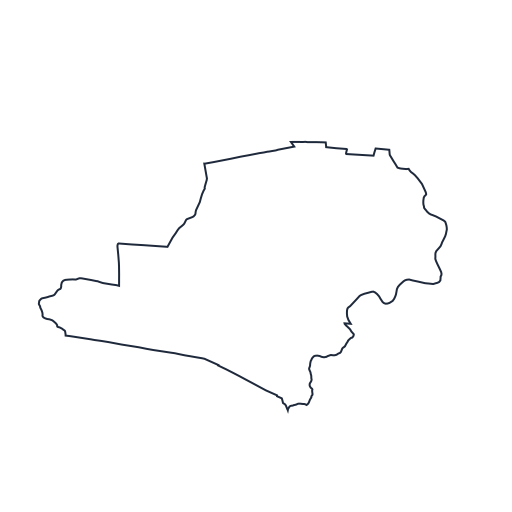 outline of Ghimpeteni, Olt, Romania, rotated 205°
{"feature_id": "2599482B72624598391885", "entity_name": "Ghimpeteni", "entity_type": "district", "adm_level": 2, "iso_a3": "ROU", "parent_name": "Romania", "parent_adm1": "Olt", "projection": "robinson", "projection_center": [24.795, 44.293], "detail": "fine", "context": "isolated", "style": "outline", "palette": "slate", "viewbox_px": 512, "rotation_deg": 205, "n_neighbors": 0, "source": "geoboundaries", "source_scale": "gbopen_adm2", "svg_char_len": 6121}
<svg xmlns="http://www.w3.org/2000/svg" viewBox="0 0 512 512"><g transform="rotate(205 256 256)"><path d="M341.9,317.9L334.2,306.9L333.2,305.5L333.1,304.9L332.8,304.2L332.2,300.2L331.6,296.6L330.9,295.4L331.1,293.1L331.0,289.2L330.4,285.0L329.7,281.1L329.7,277.0L329.7,272.1L329.3,270.3L328.7,268.6L328.7,267.5L329.3,265.5L330.2,264.3L333.4,261.0L334.3,260.0L334.6,259.0L334.7,255.2L334.9,254.2L335.6,252.5L337.4,248.8L338.0,246.1L338.4,242.8L339.4,237.5L340.1,226.9L362.5,218.3L373.6,213.9L385.8,209.3L386.2,208.6L386.1,207.4L385.9,206.8L385.5,205.9L381.3,198.8L377.4,191.9L375.8,188.8L372.4,181.7L367.5,171.1L370.2,170.6L374.7,169.2L382.9,166.9L383.9,166.7L387.2,166.3L388.9,166.2L390.0,165.8L395.1,164.6L404.5,162.1L406.3,161.4L407.3,160.6L409.0,158.8L409.6,158.4L412.3,157.3L415.9,155.4L418.8,153.7L420.1,152.3L420.5,151.3L420.8,149.9L420.3,147.4L419.6,145.9L419.4,144.9L419.3,144.1L419.4,143.5L420.1,142.8L420.6,142.1L421.0,141.5L421.3,140.8L421.7,138.8L422.1,136.6L422.2,136.0L422.6,135.2L423.0,134.7L423.8,133.9L426.2,132.0L427.4,130.8L429.6,129.0L430.7,128.2L431.5,127.6L432.2,127.0L432.7,126.2L433.4,124.0L433.4,123.6L433.2,122.8L433.0,122.3L432.6,120.9L432.3,120.5L431.8,120.1L431.1,119.7L430.2,118.9L429.9,118.3L429.3,117.7L428.1,116.8L427.0,115.8L425.7,114.4L424.8,113.0L424.5,112.2L424.2,111.5L423.5,110.9L422.5,110.5L420.5,110.4L419.2,110.6L418.8,110.6L416.5,111.3L414.9,111.5L413.3,111.6L411.6,111.2L409.2,110.5L408.1,110.0L407.5,109.6L407.0,109.3L406.7,108.7L406.4,108.3L406.3,108.1L406.0,108.0L405.6,108.0L405.2,108.0L403.9,108.3L401.5,108.2L400.6,108.1L400.1,107.9L397.7,107.5L397.4,107.2L396.9,106.7L395.6,104.7L394.9,103.4L391.6,104.5L387.6,105.7L370.4,110.7L366.9,111.6L360.5,113.6L353.1,115.7L340.2,119.0L327.0,122.8L323.1,123.9L316.0,125.6L309.3,127.4L299.5,130.3L293.0,132.2L291.7,132.6L288.4,133.6L284.4,134.5L278.5,135.9L273.5,137.3L267.2,139.0L261.8,140.5L259.2,141.1L258.0,141.1L244.0,141.3L244.0,140.8L237.8,140.7L235.5,140.7L227.1,140.4L220.2,140.1L213.4,139.7L205.8,139.3L190.3,138.4L178.1,138.6L177.7,137.8L172.5,137.9L172.3,137.7L172.0,137.4L171.7,137.0L171.3,136.6L169.4,134.2L168.6,134.0L168.0,134.0L167.3,133.9L166.0,133.3L165.5,132.9L162.9,130.4L162.2,129.9L162.0,129.7L162.1,130.1L162.2,130.3L162.3,130.6L162.2,131.8L162.1,132.8L162.0,133.5L161.8,134.0L161.5,134.5L160.6,135.3L159.7,135.8L159.4,136.0L158.8,136.8L158.4,137.0L157.8,137.5L156.6,138.5L156.0,139.3L155.4,139.9L154.7,140.3L153.9,140.7L153.1,141.0L151.8,141.4L150.7,141.8L150.3,142.0L149.5,142.3L148.9,142.4L147.8,142.4L147.3,142.3L147.0,142.7L146.5,143.8L146.3,144.4L146.2,145.9L146.4,148.7L146.1,151.1L146.2,151.5L146.4,151.9L146.5,152.6L146.4,153.1L146.2,153.8L146.2,154.2L146.4,154.6L146.7,155.2L147.3,156.1L148.2,157.6L148.4,158.5L148.5,158.9L148.7,159.1L149.2,159.4L150.4,159.7L150.8,159.8L152.1,160.7L152.4,161.1L152.7,161.4L153.2,162.5L153.3,162.8L153.3,163.2L153.3,163.8L153.3,164.2L153.2,164.5L153.1,165.4L153.1,166.1L153.2,166.9L153.4,167.5L153.7,168.0L154.2,168.6L155.1,170.4L155.6,171.2L156.5,172.2L156.8,172.6L157.4,173.5L157.8,173.9L158.3,174.4L158.8,174.7L159.7,175.6L160.0,175.9L160.3,176.5L160.4,176.8L160.4,177.2L160.5,178.4L160.6,179.0L160.8,179.9L161.0,180.3L161.6,182.0L161.7,182.6L161.9,183.4L162.0,184.0L161.9,185.6L162.0,186.6L161.9,187.2L161.4,188.9L161.3,189.4L161.0,189.7L160.3,190.5L159.3,191.1L158.4,191.6L156.3,192.2L155.5,192.3L154.3,192.3L153.6,192.4L151.7,192.9L151.0,193.3L150.4,193.8L149.9,194.2L149.6,194.3L148.8,195.5L148.2,196.1L146.8,197.5L146.3,197.9L145.9,198.0L145.6,198.2L145.1,198.3L143.9,198.7L142.9,199.2L142.6,199.4L141.9,200.0L141.4,200.4L141.2,200.6L140.6,201.7L140.1,202.4L138.9,203.7L138.8,203.9L138.7,204.4L138.5,205.0L138.6,206.9L138.7,208.6L138.5,209.3L138.3,209.8L137.7,210.7L137.7,210.9L137.6,211.1L137.5,211.4L137.3,211.5L137.2,211.7L137.2,212.0L137.2,212.7L137.1,214.1L137.1,214.9L137.0,215.4L136.8,216.5L136.8,216.9L136.7,217.5L136.8,218.0L136.7,218.5L136.6,218.8L136.1,220.1L135.9,220.6L135.5,221.5L135.1,222.1L134.5,222.5L134.3,222.8L134.3,223.0L134.1,223.5L134.0,223.8L133.9,224.3L134.1,226.0L134.5,226.5L134.8,226.7L135.5,226.9L136.0,227.2L136.3,227.3L137.3,227.7L137.8,228.0L138.6,228.5L139.1,228.9L140.4,229.6L141.3,229.9L142.8,230.4L143.6,230.7L144.1,230.8L145.1,231.1L146.1,231.6L147.0,232.0L147.3,232.4L141.5,234.6L141.8,234.8L145.2,237.1L147.8,239.7L149.4,242.5L150.5,245.1L150.9,247.1L150.6,248.4L149.5,250.3L146.6,259.1L145.2,263.6L144.2,265.1L141.8,267.6L138.9,270.0L136.1,272.4L134.6,273.3L132.7,273.3L130.2,272.7L127.3,271.4L125.2,269.9L121.8,267.8L120.2,267.4L118.5,267.5L116.8,268.4L115.2,269.9L113.2,273.0L112.7,275.5L112.7,278.1L112.9,280.3L113.6,283.0L114.3,285.6L114.3,288.0L113.6,290.6L112.7,292.8L111.6,295.4L110.6,297.0L109.3,298.2L107.3,299.4L103.9,300.0L98.3,301.3L91.3,302.8L86.8,304.4L83.5,305.5L81.9,307.0L80.2,308.4L79.0,309.9L78.6,311.8L79.4,314.0L80.0,315.4L79.9,316.9L80.3,318.2L81.4,319.7L83.6,321.6L88.4,325.5L90.8,327.6L92.3,329.2L93.1,331.2L94.0,333.0L94.6,334.5L94.7,336.6L93.5,340.6L92.9,342.8L92.9,345.1L93.1,347.0L93.0,349.2L92.9,353.9L93.2,356.3L94.3,360.8L95.3,362.6L96.4,364.2L97.9,365.9L99.0,367.0L101.0,367.5L109.5,367.9L113.3,367.7L115.2,367.5L117.2,367.7L119.7,368.5L121.2,369.3L122.8,370.0L124.0,370.7L124.7,371.9L126.0,373.4L126.8,374.8L127.7,376.8L128.6,379.7L128.6,381.3L128.1,382.5L127.8,383.7L128.3,384.6L129.5,385.9L136.0,391.4L139.4,393.2L142.2,394.7L146.1,396.4L148.5,397.1L151.0,397.6L153.0,398.5L154.5,399.5L156.5,398.3L161.3,396.6L162.8,396.2L165.1,395.9L168.5,398.2L171.5,400.1L175.8,403.0L177.2,403.9L177.8,404.6L179.1,406.9L180.1,408.6L193.0,404.0L192.5,400.1L191.9,396.6L217.2,386.6L217.5,386.7L217.8,387.1L218.2,389.0L218.4,390.0L218.6,391.1L219.0,391.2L219.3,391.2L228.8,387.6L238.4,384.3L238.9,385.2L239.5,386.2L240.8,388.4L243.2,387.4L249.2,384.8L257.3,381.0L259.0,380.5L260.3,379.9L261.7,379.1L266.0,377.2L269.5,375.6L272.5,374.1L267.6,371.3L281.0,361.6L282.6,360.1L285.7,358.0L287.4,356.8L288.6,356.0L289.8,355.3L292.7,353.1L296.5,350.6L298.8,348.9L305.4,344.1L307.4,342.7L311.8,339.6L319.9,333.5L334.1,323.2L341.2,318.2L341.9,317.9Z" fill="none" stroke="#1e293b" stroke-width="2"/></g></svg>